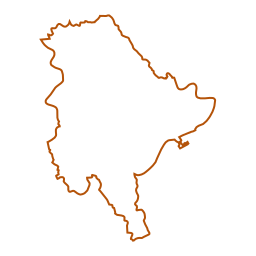 Gia Vien, Ninh Bình, Vietnam
{"feature_id": "81297802B79786453625721", "entity_name": "Gia Vien", "entity_type": "district", "adm_level": 2, "iso_a3": "VNM", "parent_name": "Vietnam", "parent_adm1": "Ninh Bình", "projection": "albers", "projection_center": [105.858, 20.33], "detail": "fine", "context": "isolated", "style": "outline", "palette": "amber", "viewbox_px": 256, "rotation_deg": 0, "n_neighbors": 0, "source": "geoboundaries", "source_scale": "gbopen_adm2", "svg_char_len": 5668}
<svg xmlns="http://www.w3.org/2000/svg" viewBox="0 0 256 256"><path d="M109.3,15.5L108.1,15.4L106.1,16.0L100.0,15.9L99.6,16.9L98.1,18.9L96.2,20.5L95.4,21.4L94.7,21.7L94.6,22.2L91.5,22.5L90.5,22.2L88.0,22.2L86.6,21.3L85.3,21.1L84.8,22.3L84.4,22.5L82.3,22.6L80.7,22.5L80.3,22.9L80.0,25.1L79.8,25.5L79.6,25.8L79.1,25.8L76.5,24.5L75.9,24.6L73.7,25.9L72.7,25.6L71.8,25.2L71.2,24.7L70.7,23.9L69.6,21.6L69.1,23.4L68.3,24.7L66.4,26.3L65.6,26.6L64.3,26.6L63.3,26.2L60.3,24.2L59.8,24.0L58.7,24.0L58.4,24.2L57.7,24.8L57.3,25.3L56.3,27.3L55.4,28.1L54.5,28.3L52.1,28.2L51.5,28.5L51.3,29.1L51.7,30.9L53.0,33.7L52.2,34.7L51.1,35.3L50.3,35.3L49.3,34.8L48.1,34.5L48.1,34.9L48.7,36.3L49.6,38.4L49.7,38.8L40.9,39.6L43.0,42.9L44.5,44.8L45.9,46.1L48.0,47.8L52.7,50.1L53.6,51.0L54.0,51.7L54.3,52.4L54.4,53.2L54.4,54.9L54.1,55.7L53.8,56.6L51.5,60.2L50.8,61.8L50.7,62.3L50.7,63.3L50.9,64.1L51.4,65.1L54.5,67.2L55.7,67.8L59.8,69.2L60.8,69.8L61.3,70.2L61.8,71.0L62.2,72.2L62.8,74.4L62.9,75.4L63.1,80.3L63.0,80.8L62.7,81.4L62.1,82.1L61.0,83.2L56.6,86.5L55.3,87.7L50.7,94.4L46.6,99.1L46.0,100.0L45.7,100.9L45.7,101.9L45.8,102.4L46.1,103.0L46.7,103.6L48.3,104.5L51.4,105.4L53.5,106.1L54.7,106.7L55.7,107.3L56.2,107.8L56.7,108.6L57.2,109.9L57.3,111.0L57.4,117.7L57.9,119.7L58.6,120.9L59.0,121.5L58.7,122.1L58.3,124.0L59.5,125.5L59.7,126.0L59.7,126.4L58.8,126.5L57.0,127.6L56.2,128.9L55.9,129.8L55.9,130.4L55.9,131.8L56.1,134.5L56.0,135.6L54.7,137.6L51.8,139.8L48.4,141.8L47.6,142.1L49.1,149.1L49.4,149.5L50.1,149.8L50.2,150.0L49.5,151.2L49.6,151.9L51.0,153.4L51.7,153.9L52.1,154.4L52.3,156.1L52.6,157.1L53.2,159.1L53.6,159.6L53.5,160.1L52.3,162.5L54.5,164.3L57.2,165.6L58.2,166.5L58.1,167.5L57.5,169.6L57.5,169.9L58.4,170.1L58.7,170.3L58.3,171.7L58.2,172.7L58.4,173.0L58.6,174.4L56.5,175.5L56.2,175.7L56.2,176.1L56.7,177.3L57.5,178.8L58.6,178.4L60.1,177.3L62.0,177.1L62.9,177.3L63.5,177.7L64.0,178.6L64.0,179.9L63.7,181.2L63.8,181.5L64.0,181.9L64.7,182.8L67.2,185.1L68.1,186.2L68.3,186.6L68.3,189.7L68.5,190.5L68.7,191.0L69.2,191.5L69.4,191.7L70.1,191.8L72.7,190.9L73.7,190.9L74.1,191.0L75.4,191.9L77.4,193.4L79.1,194.2L80.1,194.5L80.8,194.5L82.2,194.2L83.6,193.7L84.8,193.0L85.6,192.2L87.1,190.7L87.4,190.3L89.5,185.0L89.6,183.2L87.4,179.7L87.2,178.9L87.1,177.7L90.2,177.6L91.7,177.4L92.1,177.0L92.2,176.7L92.0,175.2L92.4,175.0L95.5,175.8L96.0,176.1L96.3,176.6L96.3,177.6L96.5,177.9L97.1,178.5L97.7,179.2L98.0,179.4L98.8,179.7L99.1,180.0L99.7,181.5L100.6,183.1L100.9,184.0L100.9,185.1L100.6,186.7L100.1,188.0L99.2,189.4L99.1,189.8L100.7,191.6L106.7,199.2L107.4,200.3L109.2,204.5L111.8,204.9L112.3,205.2L112.6,207.1L112.9,207.6L114.1,208.0L115.2,212.2L115.1,213.5L116.8,214.7L117.4,214.9L121.5,215.5L123.4,216.1L124.2,216.8L124.5,217.3L124.4,220.3L124.7,220.6L126.4,220.9L127.1,221.3L127.6,221.9L127.8,222.5L127.8,223.1L127.0,225.6L127.4,232.6L130.7,232.9L131.5,233.1L132.1,233.5L132.4,234.0L132.3,234.9L131.0,238.1L130.9,238.6L131.0,239.1L132.2,239.6L132.6,239.9L132.9,240.3L133.0,240.6L133.8,240.5L134.2,240.1L135.7,238.9L137.5,238.2L139.2,237.9L141.5,238.0L142.1,237.9L143.8,236.9L148.8,234.5L149.4,233.9L149.4,233.5L149.3,232.7L147.7,230.0L147.2,228.1L145.2,224.3L143.8,220.8L143.8,220.4L144.8,218.5L145.0,217.5L144.9,216.1L144.6,214.0L144.1,212.7L143.1,211.2L142.1,210.1L141.6,209.8L141.1,209.7L138.5,210.0L137.0,210.4L136.5,210.0L136.5,209.5L137.0,207.3L136.9,206.5L136.7,205.8L135.9,205.3L135.1,204.3L135.2,203.2L136.9,201.2L137.6,199.8L138.0,198.3L138.2,196.7L138.2,195.9L137.9,195.0L136.7,192.7L136.1,190.7L136.1,189.9L136.3,188.8L137.3,187.0L137.5,186.3L137.5,185.7L137.3,185.0L136.7,183.8L136.5,182.8L136.8,179.8L136.3,178.8L135.2,177.4L134.9,176.7L134.4,174.5L134.4,173.9L136.3,174.8L137.2,175.1L139.0,175.1L141.5,174.5L144.0,173.3L145.9,171.9L148.3,169.9L150.5,167.9L152.9,165.5L155.5,162.2L157.1,158.3L161.2,149.4L164.0,144.6L165.7,142.3L168.0,140.6L169.2,140.2L174.6,139.6L175.4,140.5L176.9,141.7L178.4,142.3L179.5,144.5L178.6,146.1L180.1,148.4L187.7,144.3L187.6,143.7L188.3,143.4L187.5,141.9L185.2,143.6L184.8,143.1L184.2,143.5L184.3,144.2L182.8,145.3L180.0,141.7L181.1,140.9L181.3,140.4L181.1,139.9L179.2,137.1L181.5,135.9L183.4,135.0L191.3,131.8L193.0,131.4L195.4,130.2L195.2,129.2L196.5,127.2L197.5,126.5L198.8,125.7L203.1,124.0L205.4,122.0L206.7,120.8L209.3,117.4L210.4,115.6L212.5,111.7L213.8,108.2L214.4,106.0L215.1,100.5L215.1,100.0L214.9,99.5L214.1,98.6L213.5,98.2L212.6,98.0L209.8,97.9L205.3,98.3L200.4,98.3L199.2,98.0L198.0,97.7L197.3,97.2L196.7,96.7L196.3,95.7L196.1,94.7L196.0,93.8L196.0,92.4L196.5,88.6L196.4,86.9L196.2,86.1L195.3,84.6L193.7,83.6L192.0,83.7L191.2,83.9L189.4,84.6L188.7,85.1L186.5,87.2L185.1,88.2L183.9,88.8L182.9,89.2L181.4,89.4L180.4,89.4L179.5,89.2L178.8,88.9L178.0,88.1L177.4,87.0L176.4,84.2L174.5,78.5L174.2,77.7L173.9,77.6L172.4,77.8L172.1,77.6L172.0,76.8L169.9,74.6L169.5,74.0L168.4,73.3L167.7,73.2L167.1,73.5L166.6,74.5L166.7,75.3L167.4,76.5L167.1,77.1L166.7,77.8L166.1,77.7L165.8,77.8L165.8,78.5L165.0,78.5L164.0,78.4L161.9,77.4L160.4,77.4L159.0,77.9L158.3,77.6L157.7,76.9L156.1,75.7L154.9,74.5L153.8,73.0L153.7,72.4L153.7,71.6L153.5,70.9L152.0,70.0L151.7,68.9L151.5,68.6L150.6,67.6L149.6,66.9L149.1,66.3L148.9,65.4L149.5,62.9L147.5,60.6L146.4,59.9L145.6,59.6L143.0,59.5L142.5,59.3L142.3,59.0L142.2,57.6L141.7,56.4L141.0,55.7L138.5,53.3L136.8,51.2L134.5,49.4L133.9,48.8L133.2,47.8L132.6,45.5L131.6,43.7L129.5,40.2L129.0,38.6L128.8,38.3L128.2,37.8L127.7,37.5L125.9,37.0L122.8,35.7L121.8,34.9L121.7,34.5L121.3,32.8L121.1,32.2L120.5,31.4L119.1,29.8L118.6,29.1L118.5,27.0L118.1,25.9L117.7,25.7L115.7,25.1L115.4,24.9L115.0,24.4L114.3,22.9L114.0,21.7L113.3,19.8L112.2,18.1L111.6,17.4L109.3,15.5Z" fill="none" stroke="#b45309" stroke-width="2"/></svg>